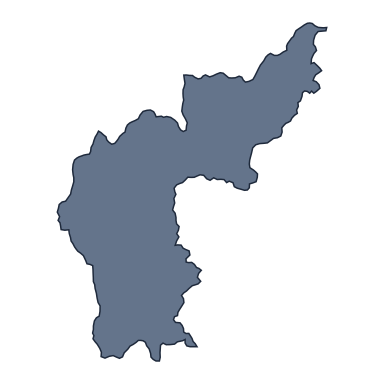 Simonésia, Minas Gerais, Brazil
{"feature_id": "56859067B68233274154911", "entity_name": "Simonésia", "entity_type": "district", "adm_level": 2, "iso_a3": "BRA", "parent_name": "Brazil", "parent_adm1": "Minas Gerais", "projection": "natural_earth1", "projection_center": [-41.967, -19.999], "detail": "fine", "context": "isolated", "style": "filled", "palette": "slate", "viewbox_px": 384, "rotation_deg": 0, "n_neighbors": 0, "source": "geoboundaries", "source_scale": "gbopen_adm2", "svg_char_len": 4365}
<svg xmlns="http://www.w3.org/2000/svg" viewBox="0 0 384 384"><path d="M143.1,111.4L140.1,115.0L138.4,118.7L135.2,120.5L131.9,121.9L129.7,123.0L127.4,125.0L125.9,128.1L125.0,132.1L122.8,133.5L119.7,136.4L118.3,138.9L116.7,141.1L114.7,143.4L111.7,144.2L108.5,141.9L106.7,139.7L106.0,136.8L103.5,134.9L101.0,132.6L98.5,131.1L97.2,133.8L95.2,137.1L93.9,140.7L93.0,144.0L91.1,147.4L90.6,151.6L89.4,154.1L86.7,154.5L83.8,155.1L81.5,156.0L79.1,156.8L76.8,158.1L74.5,160.1L73.1,164.4L72.6,169.7L73.1,174.5L73.8,177.8L73.8,181.8L72.5,186.4L71.4,190.0L70.6,194.1L67.8,198.1L65.6,201.2L62.1,202.0L59.2,204.5L58.4,208.4L57.3,212.1L59.6,216.7L58.1,220.4L60.0,222.8L60.6,226.0L61.1,229.6L64.8,230.2L68.8,229.8L69.3,233.7L70.5,237.5L71.1,241.0L72.9,243.6L74.6,246.9L76.2,249.2L77.9,251.3L80.4,253.0L83.4,255.6L85.7,260.5L87.0,263.8L90.0,264.4L92.7,265.6L93.0,269.4L93.1,272.9L93.3,277.5L93.4,281.7L94.7,284.6L95.1,288.4L96.4,293.3L97.1,298.0L98.1,302.6L100.1,305.9L100.0,311.3L99.2,316.1L96.4,317.8L94.4,320.9L93.4,326.0L93.4,329.5L92.6,333.1L93.9,335.6L93.0,338.8L95.0,341.6L97.3,344.3L99.8,348.4L101.4,352.2L101.1,356.6L105.0,358.1L109.3,356.3L113.2,355.6L116.5,357.1L119.5,358.3L122.5,356.9L124.2,352.8L127.8,349.2L130.0,346.1L133.2,344.4L136.1,342.4L138.3,340.4L140.7,340.4L143.2,340.8L145.4,342.3L146.7,345.8L149.1,348.8L150.6,353.4L151.0,357.1L153.2,359.4L156.0,361.0L159.4,361.0L160.2,357.3L160.0,352.8L160.3,348.5L160.5,345.2L163.0,343.1L166.2,344.7L170.2,344.6L174.6,344.1L177.4,341.8L179.9,341.3L182.7,340.7L185.1,339.5L185.1,343.0L186.8,345.9L190.0,346.7L192.9,346.7L197.0,346.7L195.2,343.7L193.1,341.5L192.0,338.4L190.4,335.8L188.8,333.4L185.9,333.5L183.7,332.0L183.5,328.6L182.1,325.4L180.0,322.8L175.5,322.4L173.5,319.7L174.5,316.7L177.5,315.6L177.9,312.4L179.5,309.6L182.0,305.7L183.9,302.6L183.5,298.7L181.5,295.5L183.6,293.0L186.5,291.0L189.1,288.4L192.3,285.7L195.0,284.9L198.1,283.9L200.7,281.3L197.4,277.3L198.6,273.4L201.3,270.3L198.9,268.4L196.5,267.5L194.4,264.4L191.7,262.4L188.6,262.6L186.2,262.1L186.0,258.8L189.9,255.0L189.1,250.9L185.9,249.6L183.1,248.2L181.1,245.1L177.7,244.9L175.2,245.3L176.6,241.0L178.9,236.9L176.7,233.7L178.4,230.2L179.1,226.5L176.6,223.9L176.0,220.4L176.0,217.5L175.1,213.2L172.6,210.0L173.5,206.6L174.7,203.0L173.9,198.5L175.9,194.3L174.8,191.7L174.1,188.2L176.6,184.9L179.7,183.5L182.5,182.6L185.2,180.1L187.8,177.2L191.1,177.4L194.2,177.3L196.7,176.2L200.0,174.8L203.7,175.3L206.7,178.8L210.1,180.3L213.7,177.8L217.2,179.5L220.9,179.3L224.1,179.6L226.6,182.6L229.2,181.2L233.0,182.7L234.3,186.7L237.2,188.2L241.5,189.4L244.5,190.3L247.4,190.0L249.3,187.8L249.5,183.9L252.6,183.0L256.1,181.7L257.3,177.3L257.5,173.9L255.7,172.0L253.4,170.0L249.9,167.7L249.3,164.0L249.7,160.1L250.5,156.9L251.5,153.2L252.7,147.9L255.7,144.8L259.7,143.6L263.8,143.3L267.4,142.9L270.0,141.0L273.5,138.4L277.5,137.7L280.8,136.0L282.1,132.1L281.8,127.8L283.9,125.3L285.9,123.3L288.1,122.4L290.5,121.0L291.9,118.1L294.5,115.3L297.3,113.4L296.6,110.0L298.3,106.4L297.9,102.6L300.4,100.9L302.0,96.4L302.5,92.7L304.5,91.0L307.3,91.4L309.7,93.2L311.6,91.1L313.8,93.2L316.5,91.3L319.9,88.3L319.0,84.7L316.2,81.7L313.1,80.5L314.1,77.5L315.7,74.8L318.6,72.9L321.6,70.7L319.9,68.3L317.0,65.4L314.0,62.6L311.1,63.6L311.5,58.8L312.7,56.0L314.0,53.4L316.5,50.5L315.4,46.9L313.4,44.4L313.6,40.2L315.1,35.2L318.1,31.5L322.4,31.1L325.9,30.8L326.7,27.5L323.4,27.8L318.2,27.4L314.8,25.7L312.3,23.5L309.8,23.0L307.3,23.3L304.2,25.0L301.6,26.9L299.0,28.6L296.1,30.6L294.7,33.4L293.5,36.5L291.5,38.2L289.5,41.0L287.6,43.6L286.6,46.1L286.8,50.3L283.2,52.0L280.0,54.3L277.4,55.4L274.3,55.4L270.5,53.4L268.0,54.9L265.8,57.1L263.8,60.8L260.4,65.1L258.5,68.7L256.8,72.2L254.7,76.4L252.9,79.5L248.9,81.4L245.4,82.1L243.3,80.1L241.8,77.2L239.1,76.2L235.3,77.8L231.6,78.0L228.7,77.8L226.2,75.7L223.2,73.2L220.2,72.7L216.5,74.1L213.0,75.8L209.6,76.9L205.5,74.9L203.1,76.0L201.1,78.3L198.1,78.9L194.6,77.2L192.5,75.5L189.4,75.4L186.4,75.0L183.8,75.1L184.3,79.0L185.0,83.4L184.1,87.1L183.1,89.7L183.0,93.6L183.2,97.0L183.7,100.1L182.8,103.6L182.3,106.9L181.8,111.1L183.1,114.8L185.5,119.0L187.3,122.9L186.5,125.9L186.1,130.2L183.2,131.5L180.6,129.9L178.5,126.6L177.5,123.0L174.8,120.2L170.7,117.4L166.6,116.5L163.6,117.3L161.4,116.2L158.8,116.5L156.1,116.8L155.1,114.2L153.6,111.7L150.4,110.0L147.0,110.3L143.1,111.4Z" fill="#64748b" stroke="#1e293b" stroke-width="1.5"/></svg>